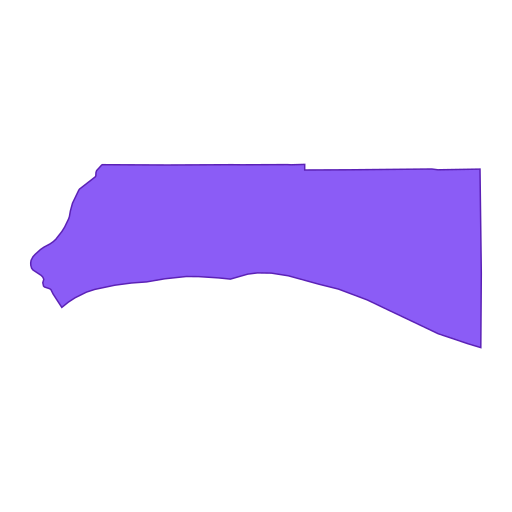 the district of Cameron, Louisiana, United States of America
{"feature_id": "52423323B69509517878544", "entity_name": "Cameron", "entity_type": "district", "adm_level": 2, "iso_a3": "USA", "parent_name": "United States of America", "parent_adm1": "Louisiana", "projection": "albers", "projection_center": [-93.515, 29.819], "detail": "fine", "context": "isolated", "style": "filled", "palette": "violet", "viewbox_px": 512, "rotation_deg": 0, "n_neighbors": 0, "source": "geoboundaries", "source_scale": "gbopen_adm2", "svg_char_len": 993}
<svg xmlns="http://www.w3.org/2000/svg" viewBox="0 0 512 512"><path d="M437.9,169.8L431.8,169.0L349.8,169.8L304.7,170.0L304.7,164.4L291.1,164.8L287.4,164.6L241.8,164.8L231.8,164.7L167.3,165.0L102.3,164.7L101.6,165.1L96.6,170.6L96.0,172.4L95.8,175.9L95.3,176.8L79.6,189.0L78.8,190.1L72.5,203.2L70.4,210.9L69.4,216.6L68.6,218.9L64.7,227.0L61.9,231.5L56.4,238.5L56.2,238.9L53.3,241.6L50.2,243.8L44.0,247.1L40.5,249.5L35.2,254.3L33.0,256.7L31.1,260.3L30.7,262.9L30.8,265.3L31.6,268.2L33.0,270.0L41.2,275.4L42.8,277.1L43.8,279.3L42.8,282.7L43.5,286.0L44.5,287.0L49.6,288.7L50.9,289.6L53.2,294.2L61.8,307.4L68.4,302.1L75.2,297.7L86.5,292.1L94.8,289.4L114.8,285.2L131.4,283.0L146.6,281.9L164.6,278.8L186.2,276.5L198.7,276.6L218.7,277.9L230.4,279.1L247.8,274.1L257.4,272.9L271.3,273.1L288.4,275.8L318.9,284.2L338.5,289.1L351.5,294.0L367.2,299.9L390.4,311.0L422.6,326.3L438.1,333.7L467.8,343.7L480.8,347.6L481.3,273.4L480.0,169.1L437.9,169.8Z" fill="#8b5cf6" stroke="#5b21b6" stroke-width="1.5"/></svg>